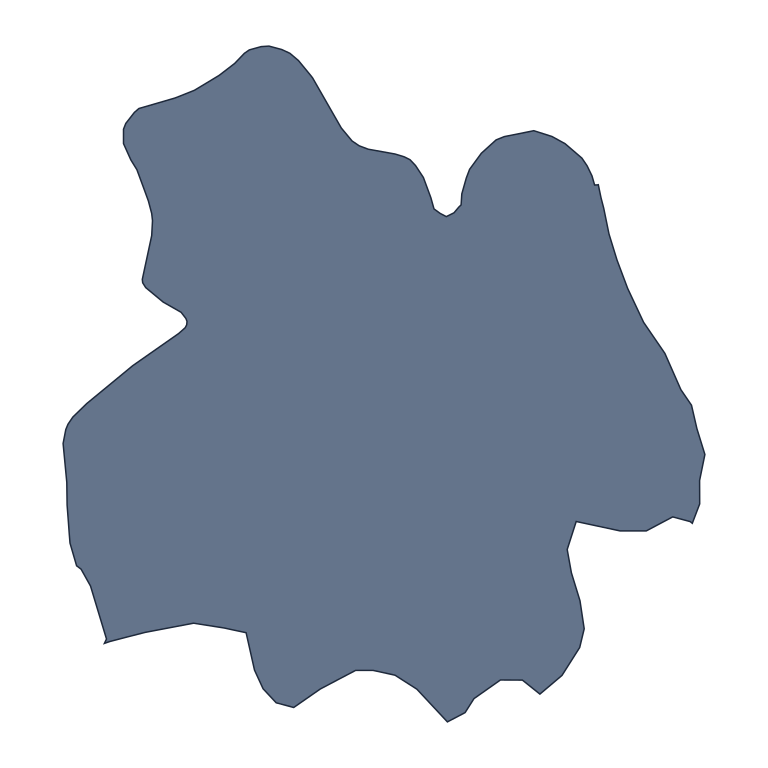 Pyongyang, P'yŏngyang, North Korea
{"feature_id": "82179303B55999426557094", "entity_name": "Pyongyang", "entity_type": "district", "adm_level": 2, "iso_a3": "PRK", "parent_name": "North Korea", "parent_adm1": "P'yŏngyang", "projection": "albers", "projection_center": [125.792, 39.089], "detail": "fine", "context": "isolated", "style": "filled", "palette": "slate", "viewbox_px": 768, "rotation_deg": 0, "n_neighbors": 0, "source": "geoboundaries", "source_scale": "gbopen_adm2", "svg_char_len": 1714}
<svg xmlns="http://www.w3.org/2000/svg" viewBox="0 0 768 768"><path d="M104.4,643.4L109.9,641.5L127.5,636.9L145.1,632.4L193.5,623.2L224.2,628.0L232.9,629.9L246.1,632.7L254.5,670.1L263.1,688.8L276.2,702.8L293.7,707.5L320.3,689.0L337.9,679.7L355.6,670.4L373.1,670.4L395.0,675.2L416.9,689.2L447.4,721.9L465.1,712.6L474.0,698.6L500.4,680.0L522.4,680.1L539.9,694.1L562.0,675.4L579.7,647.5L584.2,628.8L580.0,600.8L571.4,572.8L567.2,549.5L576.2,521.5L598.1,526.2L620.0,530.9L646.3,530.9L672.7,516.9L690.2,521.6L692.3,523.3L699.7,503.9L699.6,480.5L704.9,454.5L696.9,428.6L691.5,405.2L680.9,389.7L664.9,353.4L643.6,322.3L627.7,288.5L617.0,260.0L609.0,234.0L603.7,208.1L601.0,197.7L598.3,184.7L597.4,184.9L594.6,185.0L592.0,175.9L587.1,165.8L581.9,158.1L565.1,143.7L552.0,136.5L533.8,130.7L504.3,136.6L496.1,139.9L481.2,153.4L481.1,153.6L469.6,169.3L466.3,178.0L461.8,193.9L461.1,204.9L458.8,207.1L454.0,212.8L446.3,216.6L440.0,213.3L434.0,208.9L430.9,197.8L423.4,177.5L415.5,165.5L410.0,159.7L404.4,156.9L402.3,156.2L395.0,154.0L368.2,149.2L359.2,145.8L352.1,141.0L341.3,128.0L312.6,77.9L310.9,75.7L298.5,60.6L289.9,53.3L281.7,49.5L269.0,46.1L261.2,46.6L249.3,49.9L244.4,53.3L234.7,63.4L219.1,75.4L194.4,90.3L175.0,98.0L138.9,108.5L134.4,112.4L125.8,123.4L123.5,129.2L123.5,143.6L130.9,160.0L136.9,169.7L144.1,189.2L148.4,201.0L151.7,213.5L152.5,220.7L151.7,235.6L142.3,279.4L142.7,282.8L145.7,287.6L163.2,302.1L181.1,312.3L185.9,318.5L187.0,321.4L186.7,324.8L185.2,327.7L178.8,333.4L132.8,365.6L86.8,403.5L72.9,417.0L68.0,424.2L65.8,429.5L63.1,443.5L66.8,482.5L67.1,505.1L68.2,519.5L69.3,534.5L70.0,543.1L76.6,565.8L81.1,569.2L90.5,586.0L106.5,639.0L104.4,643.4Z" fill="#64748b" stroke="#1e293b" stroke-width="1.5"/></svg>